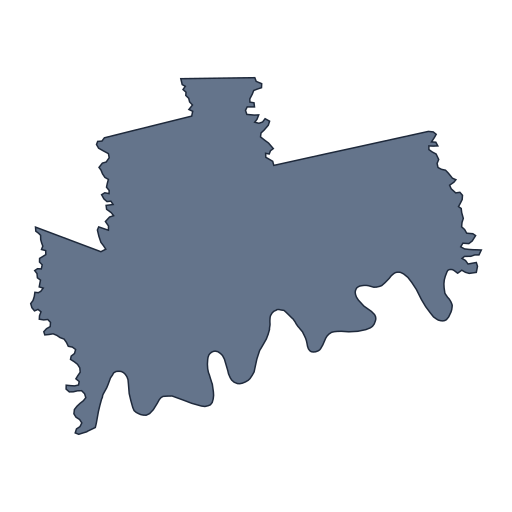 outline of 25 de Mayo, Misiones, Argentina
{"feature_id": "61730980B2649832708573", "entity_name": "25 de Mayo", "entity_type": "district", "adm_level": 2, "iso_a3": "ARG", "parent_name": "Argentina", "parent_adm1": "Misiones", "projection": "albers", "projection_center": [-54.618, -27.386], "detail": "fine", "context": "isolated", "style": "filled", "palette": "slate", "viewbox_px": 512, "rotation_deg": 0, "n_neighbors": 0, "source": "geoboundaries", "source_scale": "gbopen_adm2", "svg_char_len": 5670}
<svg xmlns="http://www.w3.org/2000/svg" viewBox="0 0 512 512"><path d="M325.3,154.0L273.8,165.4L272.7,161.3L269.3,159.3L265.8,157.3L265.6,153.3L269.2,154.0L270.5,150.7L273.3,148.6L271.0,145.9L268.5,143.0L265.2,140.6L260.5,136.9L261.0,133.0L264.1,130.1L268.3,125.2L269.6,121.2L265.1,118.7L262.6,122.0L258.9,123.3L254.7,122.2L257.0,119.3L258.7,114.9L254.4,115.1L246.8,114.4L245.5,110.3L247.2,106.9L251.2,106.9L254.5,106.9L254.0,102.8L249.9,102.1L249.8,98.9L252.3,94.1L253.7,90.5L257.5,89.0L261.5,87.7L261.7,83.7L256.2,81.4L254.8,77.7L238.7,77.9L180.8,78.7L182.2,84.6L185.3,86.3L183.0,89.5L186.0,92.2L185.8,95.5L188.7,98.3L189.6,101.9L192.5,105.0L188.9,109.5L192.7,111.3L191.7,116.1L133.2,130.6L104.4,137.8L101.9,141.1L97.7,141.4L96.5,144.5L98.6,148.2L103.2,150.8L108.4,153.6L109.2,157.7L106.2,162.0L102.4,163.1L99.0,167.4L101.0,170.1L102.5,173.8L104.9,177.4L108.4,179.4L107.3,183.4L106.5,187.2L109.2,190.5L109.0,193.6L104.8,192.8L101.6,194.7L103.9,198.9L107.0,201.6L110.9,201.2L113.1,204.5L106.1,205.4L106.6,209.3L111.3,212.7L113.6,215.7L109.6,217.0L105.4,221.5L108.5,226.0L108.4,230.2L104.5,228.9L98.7,226.9L97.4,230.0L98.9,236.3L100.9,242.3L103.5,245.7L105.8,249.2L100.9,251.7L35.5,227.1L35.8,231.2L38.5,233.2L40.6,235.3L40.7,239.6L41.6,242.8L42.8,246.1L41.5,249.5L45.7,250.6L45.8,254.6L42.6,256.6L39.6,258.4L39.5,262.0L42.2,264.8L41.3,268.9L37.5,268.7L34.7,270.6L37.0,273.6L37.4,277.8L40.5,280.1L39.8,283.7L39.2,286.9L43.2,288.1L40.8,291.3L38.3,292.7L34.9,292.3L34.3,296.4L33.0,300.5L30.7,303.6L31.9,307.7L34.5,310.9L38.0,309.4L41.0,311.8L39.5,315.8L39.3,319.2L43.6,319.9L47.8,319.5L50.5,322.4L50.2,326.6L46.5,328.7L43.8,331.7L44.8,334.9L49.0,334.5L53.1,333.8L56.9,335.4L60.1,337.6L64.1,339.1L66.5,342.5L68.3,346.3L72.4,347.1L75.6,349.5L74.5,353.5L71.2,356.1L70.5,359.4L74.2,361.7L77.5,364.3L79.8,367.9L80.2,372.2L77.8,375.7L75.9,378.8L79.2,381.5L78.5,385.0L74.5,385.9L70.2,385.6L66.2,385.2L66.1,389.1L69.3,391.9L73.4,391.8L77.5,390.8L81.6,390.7L84.6,393.7L85.8,397.7L83.3,400.8L80.1,403.3L77.0,406.2L74.4,409.5L73.9,413.8L76.0,417.2L79.6,419.5L81.8,422.9L80.0,426.6L76.5,428.9L75.2,432.9L78.7,434.3L82.8,433.0L86.8,431.8L87.4,431.3L95.3,427.5L96.3,423.3L98.4,411.6L99.9,405.3L101.4,399.8L101.7,398.8L102.3,397.6L102.7,395.3L103.2,394.1L106.7,387.8L108.1,384.4L110.5,377.9L112.5,375.0L113.6,372.9L116.0,371.5L117.8,371.3L119.5,371.3L121.3,371.5L123.5,372.6L125.3,374.3L126.9,376.7L128.0,379.6L128.4,383.8L129.2,393.6L130.9,400.8L132.8,407.6L134.1,410.6L136.2,412.4L138.5,413.6L140.8,414.6L143.4,415.1L146.2,415.2L149.6,413.6L153.3,409.7L157.2,403.4L159.3,399.6L160.9,397.7L163.0,396.4L167.2,396.1L172.1,396.0L183.6,400.2L191.7,403.3L201.3,406.0L204.9,406.5L208.2,405.7L210.4,404.8L212.2,402.5L213.2,398.9L213.6,395.4L213.4,391.9L212.3,384.1L211.6,382.2L211.1,380.5L210.5,378.7L209.9,376.7L209.3,374.7L208.7,373.2L208.4,372.3L207.7,368.8L207.4,364.1L207.7,359.5L208.0,357.4L208.9,354.9L210.0,353.5L211.6,352.2L213.4,351.4L215.1,351.1L217.9,351.7L220.5,353.5L222.5,355.5L224.4,359.1L227.8,370.7L228.5,373.8L230.2,377.7L231.6,380.0L234.1,382.2L237.5,383.6L239.8,383.7L242.3,383.2L245.5,381.9L248.2,380.3L250.0,378.6L252.2,375.3L254.1,371.9L255.5,365.3L256.9,358.9L259.5,350.9L260.0,349.8L261.0,348.3L262.1,346.4L263.9,343.3L264.4,342.4L266.4,338.9L266.5,338.6L267.4,336.2L268.3,333.9L268.3,333.6L268.8,332.0L269.5,329.5L269.5,328.2L270.0,324.9L270.0,323.8L269.9,322.1L269.9,320.2L270.1,317.4L270.5,315.7L271.5,314.0L272.0,313.1L273.8,311.3L274.4,311.0L276.2,310.2L276.9,309.6L278.9,309.5L281.2,310.0L284.0,310.4L285.9,312.1L288.9,315.0L291.8,317.9L293.0,318.9L295.3,322.2L296.1,323.8L297.9,326.4L299.0,327.6L300.2,329.1L302.2,331.5L302.7,332.1L302.8,332.5L304.3,335.5L305.6,338.3L306.4,340.7L307.0,343.4L307.5,346.2L308.4,348.8L309.8,350.7L311.3,351.7L313.3,352.0L315.6,351.8L318.1,350.9L319.6,349.9L320.6,348.7L322.8,344.9L325.7,338.2L327.0,336.1L328.9,334.1L331.6,332.3L334.2,331.7L337.3,331.4L341.4,331.3L348.8,331.8L357.8,331.3L365.9,329.6L370.4,327.8L372.5,326.3L374.2,324.0L375.3,321.1L375.7,319.7L375.8,318.2L375.5,316.5L374.5,314.5L371.4,311.4L363.9,306.1L358.3,300.0L356.4,297.0L355.5,294.4L355.2,292.4L355.4,290.8L356.0,289.2L356.8,287.8L358.1,286.9L359.6,286.1L361.7,285.7L364.0,285.4L366.4,285.4L368.5,285.7L371.3,286.5L373.7,287.2L376.4,287.1L379.5,286.4L381.7,285.6L385.0,282.7L389.1,278.5L391.2,275.8L393.4,273.9L394.6,273.0L396.1,272.4L397.5,272.2L398.9,272.2L400.1,272.3L401.0,272.6L403.6,273.9L407.9,277.4L411.8,282.5L416.4,289.5L421.4,299.5L425.7,306.7L430.4,313.0L433.5,316.9L436.3,318.9L438.3,320.1L440.7,320.7L442.7,320.9L444.6,320.6L446.4,319.7L448.7,316.9L451.0,312.0L451.7,309.7L452.1,306.9L452.2,305.2L451.7,303.7L450.8,301.6L449.1,298.9L447.6,297.3L447.3,296.9L444.9,293.3L444.7,291.9L444.1,287.7L443.9,283.9L444.3,279.9L445.3,276.2L447.0,271.8L447.8,270.4L449.0,269.7L450.0,269.5L451.3,269.5L452.4,269.6L454.1,270.5L457.6,273.2L457.8,273.1L461.8,270.2L465.4,272.3L469.2,273.4L476.3,272.4L477.5,266.3L476.3,262.5L468.0,264.0L465.5,260.5L462.0,258.4L464.5,256.4L470.8,256.3L474.8,254.9L479.0,254.9L481.3,250.0L477.1,249.8L472.9,249.7L468.7,249.4L464.5,248.9L460.7,246.8L462.9,243.2L468.8,243.6L472.2,241.0L475.6,235.6L472.8,233.7L466.7,233.2L464.6,229.5L461.6,226.8L462.0,222.5L463.3,218.4L461.7,212.6L461.2,208.5L458.5,206.6L460.4,203.1L462.2,199.5L462.5,195.3L459.9,192.3L455.7,192.9L451.2,188.8L449.6,185.2L453.9,182.2L455.9,179.7L452.4,178.2L448.4,173.2L445.5,170.2L441.4,169.3L438.0,167.5L437.1,163.4L438.7,159.5L436.1,154.0L432.3,152.0L428.9,149.6L428.9,145.9L433.1,146.1L437.8,145.9L435.8,142.2L431.5,141.9L434.4,137.5L436.2,134.3L433.2,131.9L428.4,131.4L354.3,147.7L325.3,154.0Z" fill="#64748b" stroke="#1e293b" stroke-width="1.5"/></svg>